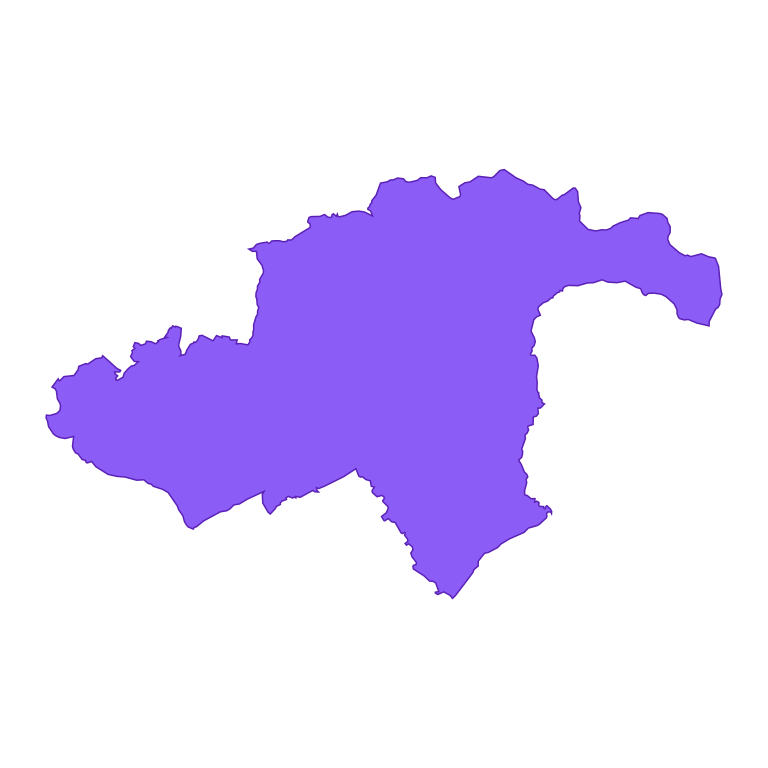 outline of Glodeni, Dâmbovita, Romania
{"feature_id": "2599482B94470616232964", "entity_name": "Glodeni", "entity_type": "district", "adm_level": 2, "iso_a3": "ROU", "parent_name": "Romania", "parent_adm1": "Dâmbovita", "projection": "orthographic", "projection_center": [25.472, 45.017], "detail": "fine", "context": "isolated", "style": "filled", "palette": "violet", "viewbox_px": 768, "rotation_deg": 0, "n_neighbors": 0, "source": "geoboundaries", "source_scale": "gbopen_adm2", "svg_char_len": 6094}
<svg xmlns="http://www.w3.org/2000/svg" viewBox="0 0 768 768"><path d="M551.5,513.5L551.7,511.4L550.4,509.0L547.0,505.8L546.4,505.8L545.0,508.8L543.8,508.3L543.7,506.6L539.5,506.4L538.6,504.7L539.1,502.8L538.6,502.2L536.8,501.2L534.6,502.1L535.0,498.6L531.0,498.7L527.4,495.6L524.7,494.8L524.6,490.5L526.7,482.8L526.1,479.4L527.8,476.9L526.8,474.3L524.4,472.0L521.4,464.7L518.7,460.1L521.6,457.4L522.4,454.6L522.7,451.3L521.8,449.7L521.9,448.5L525.4,438.7L525.0,435.1L527.2,433.0L528.6,429.8L527.7,427.3L528.0,426.1L533.1,424.5L533.3,417.0L536.4,416.1L538.3,413.7L537.9,408.2L540.5,408.0L544.5,403.9L541.9,402.5L542.0,400.2L539.1,397.3L539.3,396.0L538.4,394.3L538.9,393.0L537.7,392.0L536.9,389.3L537.2,382.5L536.5,376.6L538.3,365.6L536.8,357.9L534.8,355.2L531.2,355.4L530.4,353.9L532.0,351.6L531.9,348.0L534.1,345.7L535.3,341.6L534.4,338.0L531.0,331.1L533.8,319.8L536.5,316.9L540.4,315.2L538.1,309.9L537.9,308.5L538.6,306.8L543.1,302.9L547.7,301.0L551.2,298.0L552.9,297.8L553.0,296.4L557.1,292.8L559.7,291.9L560.1,290.4L562.5,291.0L562.8,288.7L564.6,286.7L568.4,285.4L577.9,285.7L587.3,283.0L593.4,282.7L602.2,279.8L607.8,282.1L616.9,282.7L625.1,281.1L636.1,287.3L640.6,288.6L642.5,293.2L644.2,295.0L645.8,295.5L648.3,293.4L653.9,293.1L661.2,294.2L666.0,296.6L674.2,303.9L677.0,309.6L677.1,313.9L678.5,317.3L679.8,318.7L684.1,319.9L688.4,319.5L696.7,323.0L709.1,325.9L709.2,321.5L715.6,309.1L718.1,307.4L719.7,304.4L720.0,299.3L721.9,294.4L720.7,288.5L718.6,266.6L715.7,259.0L714.9,258.0L708.7,256.8L701.5,253.8L690.8,256.6L687.5,255.1L685.1,255.8L679.3,252.7L670.0,244.7L667.7,239.4L668.1,236.4L670.1,232.6L670.2,226.6L667.9,222.7L667.0,218.4L662.5,214.4L659.8,213.5L648.1,212.6L640.0,215.5L638.2,218.5L630.6,217.8L628.5,220.1L620.2,222.7L612.7,226.3L610.9,228.3L606.3,230.0L601.6,229.8L595.8,231.0L588.1,229.4L579.6,221.1L579.9,215.4L579.2,213.7L580.9,207.7L578.4,201.8L577.6,191.6L575.2,188.1L573.2,188.0L564.4,194.6L562.2,195.2L557.3,199.2L555.3,199.8L553.1,198.7L544.1,189.7L540.2,189.2L532.6,185.1L527.8,184.3L523.4,181.1L516.0,177.8L504.3,169.6L499.9,170.5L493.9,176.6L491.5,177.8L478.3,176.3L470.0,181.9L464.8,182.8L458.9,186.6L460.6,194.8L460.0,196.5L453.2,199.3L450.2,197.9L441.0,189.9L435.6,183.0L435.2,177.4L431.2,175.9L426.8,177.8L420.8,177.7L417.2,180.4L409.3,182.3L405.7,181.5L403.6,178.8L397.6,178.0L393.2,179.9L390.3,180.0L387.3,181.8L380.5,183.1L376.1,195.2L371.8,200.7L371.6,202.9L370.4,204.1L369.5,206.6L367.9,208.1L367.8,209.3L370.7,211.0L372.5,216.0L364.5,212.0L358.8,211.1L352.1,211.7L345.6,215.3L339.4,216.9L338.0,216.2L337.3,214.1L336.4,216.3L333.4,213.8L332.0,214.8L331.6,217.0L330.6,217.5L327.8,217.1L324.6,214.5L320.1,216.4L311.1,216.6L309.0,217.5L307.9,220.9L307.8,222.1L309.9,223.8L310.2,225.1L310.3,226.7L309.6,227.8L295.1,236.6L291.5,240.0L287.7,239.9L286.9,241.3L283.1,241.7L279.1,240.7L273.4,240.8L271.5,241.1L270.0,242.9L268.3,243.3L267.1,242.1L260.1,243.3L256.5,244.4L253.3,248.1L248.8,249.1L252.3,251.3L256.5,251.4L257.2,258.8L262.0,265.3L263.5,270.6L263.3,273.1L259.6,279.5L259.9,282.0L257.5,286.1L257.4,289.3L256.1,292.7L255.9,296.5L256.8,299.3L257.2,304.6L258.8,307.5L257.6,310.9L257.5,314.2L255.8,317.4L253.6,324.9L253.7,329.7L253.0,331.6L253.0,335.2L251.8,337.8L249.7,339.8L249.9,341.8L247.9,344.9L240.3,343.5L236.3,343.9L237.2,339.9L230.5,340.0L229.2,337.0L222.1,335.9L222.1,337.6L216.5,335.6L213.1,340.8L202.0,335.3L199.2,335.9L197.9,339.8L195.8,342.2L193.9,342.0L193.7,342.9L190.4,344.4L186.9,350.0L185.2,354.3L180.3,355.6L181.0,354.8L180.7,350.4L178.9,346.9L178.7,344.5L180.7,336.3L181.3,328.3L177.3,326.6L175.7,326.3L175.3,327.0L172.7,325.9L171.1,328.3L170.2,327.9L168.3,330.5L168.2,332.1L164.8,337.0L166.8,337.5L160.5,339.4L157.9,340.8L158.6,341.4L155.6,343.8L151.1,341.7L146.5,341.2L145.4,343.9L140.7,345.4L138.6,343.4L134.9,342.6L133.3,346.7L134.9,348.5L131.9,350.6L132.4,352.8L130.6,356.6L134.2,361.4L138.3,361.7L134.1,365.5L131.4,366.0L127.9,369.0L124.2,373.2L123.1,377.1L117.5,380.3L116.1,380.1L116.3,379.4L115.5,378.5L117.7,375.9L114.9,373.5L114.6,371.9L119.8,371.9L120.7,370.4L117.0,368.5L102.7,355.7L101.7,357.8L95.8,358.7L87.7,364.1L85.8,363.6L78.8,366.3L78.1,369.7L74.0,375.5L63.9,376.6L59.9,380.7L59.0,380.5L58.2,378.8L52.0,387.1L54.9,388.6L56.4,391.0L57.4,398.9L60.1,403.6L60.5,406.2L59.8,410.5L56.7,413.5L49.6,415.5L46.4,415.1L46.1,417.9L47.5,420.9L48.6,426.7L53.4,433.9L56.0,435.9L59.5,437.5L65.1,438.5L73.6,436.5L72.5,446.4L73.2,449.0L75.4,452.7L78.2,454.1L82.1,459.5L85.3,460.3L86.2,462.5L87.4,462.9L91.6,461.5L96.0,466.8L108.1,474.4L117.0,476.4L125.0,477.0L136.6,480.2L143.8,479.8L148.0,483.3L151.4,484.3L153.3,486.3L162.6,489.3L168.1,492.5L177.2,505.7L178.7,509.8L182.9,515.8L184.4,521.4L186.1,524.5L188.1,526.9L193.2,529.1L194.4,527.2L196.2,526.9L203.8,520.8L220.4,511.8L226.6,510.8L229.6,509.1L234.1,504.8L239.3,504.0L247.2,499.2L264.0,491.4L262.3,494.2L262.8,503.1L268.0,512.1L270.3,514.0L275.4,508.5L276.3,506.5L280.4,504.4L280.3,502.9L282.0,501.1L286.5,499.5L286.0,497.9L288.1,496.4L292.7,498.0L294.5,497.0L295.8,497.9L295.8,496.4L300.2,497.3L312.6,490.5L315.0,491.8L318.5,492.0L316.9,490.2L316.4,487.7L318.9,488.5L325.3,485.8L343.9,476.5L355.9,468.7L358.9,476.2L360.5,477.1L362.2,476.6L366.0,479.6L370.3,480.8L371.3,486.3L374.3,487.1L372.1,490.5L372.3,492.3L373.3,493.4L377.0,496.7L382.0,495.4L384.2,497.3L384.2,498.6L382.7,500.8L382.9,501.6L387.8,506.4L388.3,508.1L386.3,512.8L381.5,516.5L383.9,520.5L384.8,520.8L388.3,518.5L391.5,521.7L395.2,522.5L401.0,532.8L402.4,533.6L404.3,532.4L405.2,532.9L404.6,535.3L407.5,539.1L407.9,541.2L405.1,543.5L406.5,545.2L408.7,543.8L412.4,546.9L412.9,549.9L410.8,553.1L412.0,556.8L416.2,562.2L416.3,564.4L413.4,565.3L412.9,566.7L413.4,569.0L424.1,575.9L429.5,581.0L433.5,581.5L435.8,583.1L438.8,591.6L435.3,592.2L435.4,593.1L437.7,594.5L443.8,591.9L450.0,595.3L452.5,598.4L455.4,595.6L470.1,576.3L472.9,572.4L474.0,569.5L478.2,566.0L478.2,561.2L484.5,553.3L488.4,552.4L497.7,547.5L500.8,544.1L509.7,538.7L524.1,532.4L528.3,528.1L537.2,525.6L539.6,524.1L546.5,517.7L546.9,516.2L546.5,513.6L547.9,512.0L550.7,511.9L551.5,513.5Z" fill="#8b5cf6" stroke="#5b21b6" stroke-width="1.5"/></svg>